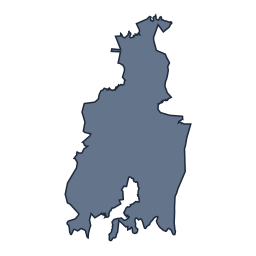 outline of Tepecoacuilco de Trujano, Guerrero, Mexico
{"feature_id": "50627088B4261822840541", "entity_name": "Tepecoacuilco de Trujano", "entity_type": "district", "adm_level": 2, "iso_a3": "MEX", "parent_name": "Mexico", "parent_adm1": "Guerrero", "projection": "equal_earth", "projection_center": [-99.467, 18.127], "detail": "fine", "context": "isolated", "style": "filled", "palette": "slate", "viewbox_px": 256, "rotation_deg": 0, "n_neighbors": 0, "source": "geoboundaries", "source_scale": "gbopen_adm2", "svg_char_len": 5867}
<svg xmlns="http://www.w3.org/2000/svg" viewBox="0 0 256 256"><path d="M67.0,222.9L67.5,224.5L68.2,224.7L68.7,225.6L69.3,228.0L69.7,232.0L70.7,234.4L71.2,234.5L71.5,234.2L73.7,229.6L74.1,229.4L75.4,229.7L77.5,230.9L78.8,230.3L80.5,228.8L81.3,228.6L85.1,230.3L85.6,231.2L86.9,236.2L87.4,237.4L88.1,237.9L88.5,233.1L90.0,227.3L90.7,225.7L89.5,219.8L91.1,213.6L94.8,217.8L100.5,214.3L101.4,213.3L101.8,214.1L102.6,213.7L103.0,214.7L103.9,212.9L103.9,213.9L104.2,213.5L105.1,213.5L104.7,214.0L104.7,215.3L105.7,215.2L105.5,215.7L105.8,216.0L105.2,216.6L104.9,217.3L105.4,217.0L105.8,217.2L106.9,217.0L107.5,217.2L108.0,217.0L108.9,216.0L109.0,215.3L108.7,214.2L109.1,213.6L109.1,212.9L110.1,210.8L110.9,210.6L112.1,208.0L113.7,208.0L120.8,203.8L119.1,200.1L123.3,199.5L122.8,191.3L121.5,190.0L123.8,186.3L126.5,186.5L128.7,177.3L129.0,177.1L130.4,177.1L131.0,177.3L131.7,178.3L133.5,178.6L133.4,180.1L134.0,181.5L134.4,181.4L135.7,182.3L136.1,182.3L136.8,181.8L137.8,182.8L137.6,184.0L137.9,184.3L137.8,185.0L138.0,185.9L138.0,186.6L139.2,188.4L138.7,189.1L138.2,191.2L138.1,193.5L138.3,195.2L137.6,195.0L137.9,196.2L138.8,197.1L139.0,197.9L139.0,198.3L138.8,198.7L139.1,198.9L139.2,201.1L139.0,202.0L138.2,202.2L137.5,201.7L135.5,201.6L135.0,202.4L133.8,203.1L133.0,204.0L132.1,204.0L131.0,204.9L130.4,204.7L130.5,205.7L130.4,206.0L129.2,206.9L128.8,207.1L127.3,206.9L126.3,207.8L125.7,208.9L124.9,210.8L124.4,211.4L124.0,212.4L124.3,212.7L123.9,213.0L124.3,213.5L124.6,214.5L125.0,215.0L125.5,214.9L125.4,215.2L125.9,215.4L126.1,215.9L126.4,215.9L126.4,216.3L127.0,215.9L127.0,216.5L127.8,215.9L127.8,216.3L128.2,216.5L128.0,216.9L128.2,217.5L128.9,217.2L128.7,217.9L128.1,218.5L127.5,218.7L126.1,219.9L124.2,220.3L121.3,218.0L118.9,218.5L117.8,218.4L114.0,219.5L112.1,221.8L112.5,224.2L112.8,224.6L112.9,225.4L112.3,226.6L112.6,227.9L111.7,230.1L111.6,231.3L111.4,231.9L110.7,233.0L109.0,234.5L109.4,236.1L109.2,239.2L109.5,240.1L110.6,240.6L111.4,240.4L112.9,238.1L113.3,237.9L115.0,237.8L115.6,237.4L115.9,236.8L116.9,233.2L117.6,232.2L118.9,220.4L125.8,226.9L127.7,226.5L127.7,229.9L129.6,229.0L130.2,229.0L131.0,227.5L131.7,227.2L132.4,229.2L132.3,230.3L132.6,231.9L132.8,232.4L133.3,232.9L134.2,233.3L135.3,233.4L136.7,232.8L137.2,232.1L137.5,231.2L137.8,229.4L137.7,229.1L136.1,227.7L135.5,226.6L135.6,223.4L135.4,222.2L135.0,221.5L134.8,220.9L135.1,219.2L136.0,218.0L137.5,218.7L138.4,219.9L140.6,219.0L141.2,219.1L141.8,220.0L142.7,222.1L144.1,227.0L144.7,228.2L145.3,228.5L145.8,228.1L146.8,226.4L149.6,224.6L150.2,222.7L152.9,219.6L154.1,218.0L155.5,217.0L157.0,216.5L157.6,216.6L157.8,217.0L157.6,218.2L156.4,221.0L157.2,223.2L159.4,226.9L163.2,230.2L165.8,231.3L166.5,231.0L167.6,229.1L168.1,228.5L168.6,228.3L170.6,229.7L171.6,230.7L172.2,232.7L173.0,234.1L173.8,234.7L174.8,234.5L174.9,233.8L175.3,232.6L175.4,231.1L174.9,229.9L174.2,222.9L174.6,212.0L174.5,207.8L175.0,196.7L176.8,192.6L177.8,189.0L185.2,171.5L184.5,148.6L185.2,146.7L186.8,137.7L190.8,124.0L184.6,124.0L182.4,123.3L182.0,123.5L181.9,123.0L179.5,122.1L179.1,122.1L178.5,122.6L178.7,121.9L179.2,121.1L180.8,120.5L182.4,118.9L182.7,119.1L182.5,116.3L169.8,115.3L160.5,112.6L158.0,109.5L158.2,104.7L159.0,104.0L158.8,103.8L159.3,103.8L159.3,103.4L160.4,102.7L160.7,102.7L160.9,103.0L161.1,102.8L160.9,102.3L161.4,101.7L162.0,101.6L162.3,102.3L162.6,102.0L162.3,101.8L162.6,101.3L162.5,100.9L163.0,101.2L163.1,100.8L163.9,100.2L165.0,100.5L165.0,101.1L165.3,100.4L165.7,100.3L165.7,99.8L166.4,100.3L166.9,99.9L166.8,100.4L167.4,100.3L168.5,98.7L171.3,97.3L167.3,92.8L164.9,86.3L165.3,82.9L165.5,82.0L165.4,81.8L166.4,79.4L167.3,76.2L168.3,70.3L167.7,66.5L169.5,62.9L166.4,57.0L165.3,54.2L156.4,50.4L153.8,40.9L153.5,37.6L158.1,24.7L163.3,31.9L169.2,27.1L170.2,25.0L171.8,23.1L171.8,22.9L171.3,22.0L170.7,21.8L170.4,22.0L170.3,22.3L170.1,22.2L169.7,22.5L169.3,22.1L168.9,22.1L166.5,21.1L164.5,20.8L163.4,20.0L161.5,19.8L161.7,19.2L161.4,18.5L161.5,17.8L161.3,17.2L160.9,17.5L160.3,16.9L158.5,20.1L157.1,19.7L156.0,18.6L156.0,16.9L155.7,15.4L155.4,16.0L153.9,16.8L153.0,18.0L153.7,20.1L153.3,20.9L152.7,21.2L151.6,20.5L150.8,20.5L150.6,19.5L150.3,19.4L151.0,17.2L149.6,16.5L146.8,19.2L136.4,23.7L139.2,29.5L139.5,31.3L139.1,32.4L138.7,32.9L139.4,34.2L138.9,33.9L139.0,34.2L138.5,33.9L138.4,34.0L138.1,33.7L137.7,34.4L135.9,34.2L136.7,35.0L133.7,35.4L133.3,36.0L133.3,36.4L133.4,36.8L133.9,36.7L134.0,36.9L130.9,37.8L130.2,37.6L129.8,36.5L130.2,35.3L130.7,34.7L130.7,33.5L130.4,33.0L130.1,32.9L129.3,32.0L129.1,31.4L128.8,31.6L129.0,32.1L128.8,32.9L128.5,33.2L128.0,34.9L125.9,36.9L124.5,37.8L122.9,37.0L121.4,34.1L120.7,33.5L120.7,34.0L120.8,34.0L120.7,34.5L120.9,34.9L120.8,35.6L120.5,36.0L115.5,36.3L120.8,49.7L111.8,48.9L111.3,51.4L120.4,51.8L119.5,56.7L118.1,63.0L120.1,63.5L122.3,64.9L122.7,64.9L124.5,68.2L124.4,70.8L122.5,77.3L125.2,80.3L124.5,80.9L124.2,83.5L123.5,84.7L122.8,85.1L122.3,84.8L121.5,84.8L121.1,84.5L120.8,84.9L120.6,84.8L119.5,85.7L118.6,84.8L118.2,85.5L118.2,86.3L117.4,86.5L117.4,87.4L116.5,87.0L116.0,87.2L116.4,88.0L116.4,88.5L116.1,88.6L115.6,88.3L115.4,89.6L115.2,89.4L115.1,89.9L114.8,89.7L112.6,90.2L112.6,90.4L111.4,89.9L110.4,89.9L110.0,88.8L109.6,88.4L109.6,89.1L109.0,89.2L108.9,88.5L108.4,88.6L108.6,89.0L107.7,89.6L107.7,90.1L107.1,90.0L107.1,89.7L105.9,88.7L104.2,88.3L102.7,90.3L101.6,90.4L100.9,90.9L99.4,94.0L98.7,96.9L98.5,98.8L95.2,101.8L93.7,102.3L84.3,103.5L82.0,112.1L85.0,122.1L83.3,131.2L85.0,132.5L88.4,133.3L89.1,133.7L89.5,133.4L90.8,133.9L89.9,135.9L82.6,142.2L83.4,142.4L83.5,143.0L84.2,144.3L84.3,144.9L84.6,145.0L84.8,145.5L85.7,145.7L86.0,146.3L87.4,146.3L83.8,149.1L82.0,152.9L79.5,153.2L77.1,152.0L76.6,153.5L77.0,154.5L74.0,158.4L75.2,158.8L77.4,162.6L76.4,168.1L67.6,182.8L65.2,194.4L65.7,195.9L67.4,202.8L70.1,204.2L78.8,213.7L78.3,215.4L75.2,218.9L68.2,221.2L67.0,222.9Z" fill="#64748b" stroke="#1e293b" stroke-width="1.5"/></svg>